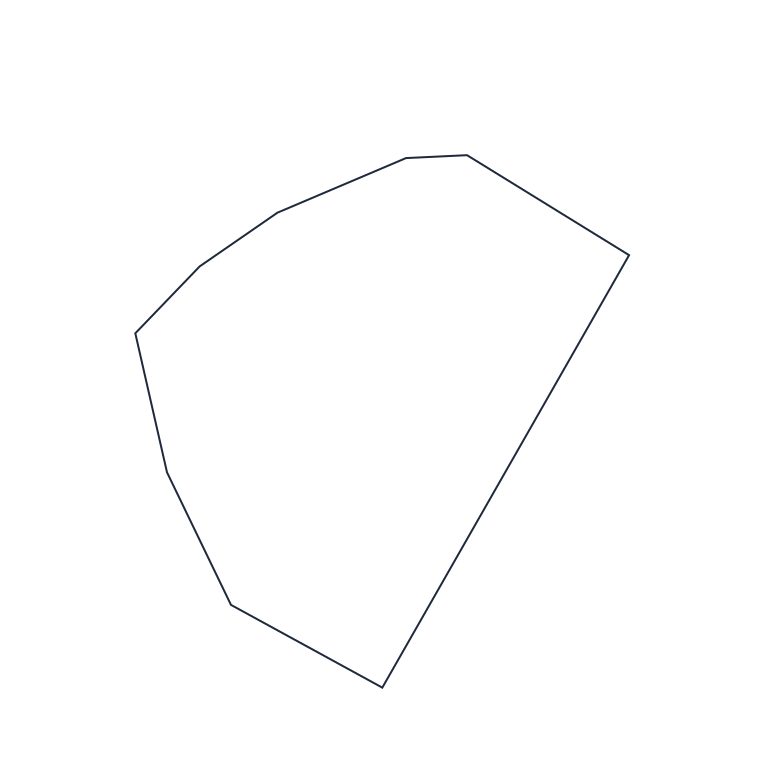 an SVG outline of Saint George Gingerland, rotated 225°
{"feature_id": "KNA-5102", "entity_name": "Saint George Gingerland", "entity_type": "Parish", "adm_level": 1, "iso_a3": "KNA", "parent_name": "Saint Kitts and Nevis", "parent_adm1": "", "projection": "orthographic", "projection_center": [-62.55, 17.125], "detail": "fine", "context": "isolated", "style": "outline", "palette": "slate", "viewbox_px": 768, "rotation_deg": 225, "n_neighbors": 0, "source": "natural_earth", "source_scale": "10m", "svg_char_len": 286}
<svg xmlns="http://www.w3.org/2000/svg" viewBox="0 0 768 768"><g transform="rotate(225 384 384)"><path d="M595.7,244.0L597.5,336.8L580.5,429.8L528.2,559.3L487.1,604.5L301.8,648.4L170.5,168.1L336.0,119.6L475.0,168.1L595.7,244.0Z" fill="none" stroke="#1e293b" stroke-width="2"/></g></svg>